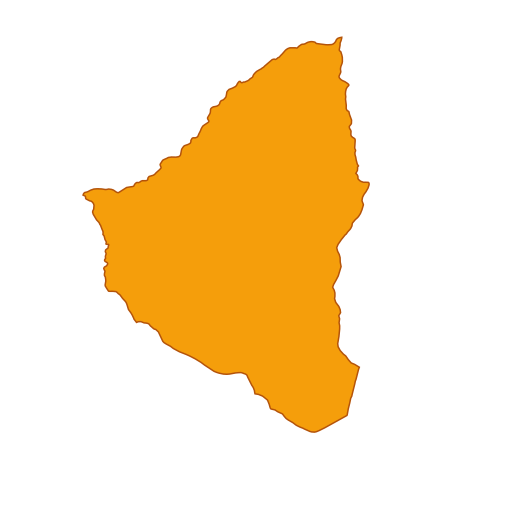 the district of Consacá, Nariño, Colombia, rotated 71°
{"feature_id": "7082276B44735629456030", "entity_name": "Consacá", "entity_type": "district", "adm_level": 2, "iso_a3": "COL", "parent_name": "Colombia", "parent_adm1": "Nariño", "projection": "robinson", "projection_center": [-77.462, 1.209], "detail": "fine", "context": "isolated", "style": "filled", "palette": "amber", "viewbox_px": 512, "rotation_deg": 71, "n_neighbors": 0, "source": "geoboundaries", "source_scale": "gbopen_adm2", "svg_char_len": 6076}
<svg xmlns="http://www.w3.org/2000/svg" viewBox="0 0 512 512"><g transform="rotate(71 256 256)"><path d="M89.7,227.2L90.8,229.4L91.5,230.2L93.6,231.3L95.6,232.5L96.1,233.0L97.4,235.3L97.7,236.4L97.8,238.2L98.0,238.8L98.7,239.8L100.4,241.0L100.9,241.7L101.3,242.7L101.5,243.8L101.5,244.9L101.1,247.7L101.2,248.8L101.6,250.0L101.9,250.6L102.5,251.2L105.1,252.3L106.3,253.1L109.4,256.7L110.5,257.1L113.0,256.6L113.6,256.9L114.1,257.7L115.3,262.3L115.9,264.1L117.6,266.1L119.8,268.0L121.8,270.1L123.9,272.0L124.2,272.5L124.5,273.5L124.5,275.0L123.8,276.9L123.8,277.4L123.9,278.0L124.4,278.7L125.5,279.9L126.8,280.4L127.8,281.2L128.0,281.6L128.4,283.7L128.4,287.3L128.5,288.0L128.9,288.9L130.4,291.0L130.9,291.5L131.6,292.0L135.5,294.2L136.2,294.8L136.7,295.7L136.9,297.0L136.6,298.7L136.4,299.7L134.9,303.7L134.3,306.8L134.6,308.6L134.8,311.2L135.0,312.7L135.3,313.3L138.0,316.7L138.4,316.9L139.1,317.0L141.1,316.9L141.9,317.2L142.9,318.9L144.7,323.2L145.8,325.2L146.2,326.8L146.0,331.1L146.3,331.7L147.1,332.8L148.4,333.4L148.8,333.8L148.9,334.2L149.0,335.0L148.9,335.7L147.8,338.9L147.8,340.3L148.2,341.5L148.4,342.7L148.3,343.3L147.7,344.6L147.9,345.9L148.1,346.4L148.8,347.5L150.0,348.7L150.2,349.2L150.1,350.4L149.5,353.5L149.1,356.1L151.2,364.8L151.3,365.4L151.0,366.2L150.3,367.1L147.3,369.3L146.0,370.9L144.7,373.5L144.5,375.3L144.1,376.8L142.4,380.0L140.8,384.1L139.9,387.5L139.9,390.7L140.4,394.1L140.4,395.6L140.2,397.3L140.5,398.0L140.9,398.7L142.1,399.7L143.9,397.9L144.5,397.9L145.9,398.3L146.6,398.2L147.0,397.9L149.7,395.3L150.5,394.0L151.0,393.6L152.5,392.9L153.8,392.6L155.5,392.7L158.6,394.1L159.2,394.5L160.3,395.7L161.3,396.2L163.6,396.3L169.9,395.0L173.3,393.5L175.4,393.3L176.3,393.0L180.2,392.9L182.9,392.7L184.2,393.0L185.8,393.7L187.7,393.1L191.3,393.4L194.1,392.9L195.2,393.7L195.9,393.9L196.4,393.2L196.9,391.8L197.1,391.6L197.4,391.6L197.9,391.8L198.5,392.4L200.0,393.1L200.4,393.6L201.1,395.7L201.4,396.3L202.9,397.1L204.1,396.9L205.2,397.0L207.2,398.5L209.4,399.1L210.0,400.1L210.7,400.6L211.5,400.6L212.1,400.4L213.3,399.3L214.0,398.8L214.8,398.7L215.2,398.8L216.6,400.4L217.1,402.8L217.4,403.3L218.2,404.0L219.8,404.0L221.1,403.7L223.5,405.1L224.8,405.6L225.5,405.6L226.7,405.3L229.4,405.8L231.0,406.3L234.1,408.0L235.2,408.3L238.1,407.7L241.2,406.9L241.8,405.8L242.7,403.0L244.1,400.0L244.8,399.4L246.9,398.4L247.9,397.6L248.9,397.1L252.8,395.9L256.4,394.3L257.8,393.9L259.9,393.8L265.1,394.0L269.0,392.8L271.3,392.3L274.9,391.9L276.0,391.9L279.9,390.6L279.8,388.8L280.4,386.7L280.8,385.9L282.8,383.6L283.6,381.8L284.3,380.6L285.1,379.6L285.9,379.2L287.7,378.6L291.5,376.4L292.1,375.8L292.8,374.7L296.0,373.0L306.3,371.9L307.9,371.2L309.8,369.7L313.6,366.2L316.5,364.3L321.6,359.6L326.2,354.2L328.7,351.5L333.5,346.9L338.7,342.6L342.3,340.2L351.4,333.2L353.3,331.0L354.7,329.1L357.0,325.3L358.3,322.1L359.0,319.4L359.9,313.4L360.6,310.6L361.2,308.5L361.9,307.2L363.3,305.6L364.1,304.5L364.8,303.9L365.9,303.3L367.5,303.3L376.6,302.1L379.6,301.4L382.6,301.3L384.8,301.7L386.0,301.8L387.6,298.8L390.5,295.5L391.5,294.8L395.2,292.5L396.1,292.0L396.7,292.0L400.4,291.8L404.1,292.0L404.9,291.9L405.3,291.8L406.0,290.9L407.1,289.1L407.9,288.0L410.2,286.3L413.9,282.4L416.8,281.5L419.5,280.4L421.7,278.8L425.7,275.3L428.9,273.2L430.0,272.2L432.1,270.1L434.0,267.8L435.4,266.5L439.4,262.2L440.5,260.6L441.6,257.9L441.8,255.9L441.6,253.0L440.8,246.9L436.4,222.0L435.9,221.5L430.7,218.6L425.6,215.3L421.4,212.8L419.5,210.9L418.7,210.5L409.0,204.2L406.6,202.8L405.2,201.6L396.8,196.1L394.8,194.5L390.6,198.0L388.1,200.8L384.0,202.5L379.7,203.7L377.3,205.3L372.8,207.2L368.6,207.9L365.5,207.3L359.1,203.8L352.3,200.7L349.2,199.6L346.2,199.2L342.6,197.4L339.4,197.2L337.1,194.5L334.2,193.9L330.7,194.1L325.8,195.7L321.9,195.6L319.8,194.5L316.6,193.4L313.9,193.2L310.5,193.7L308.2,191.9L305.3,188.6L301.6,184.7L293.7,179.0L289.1,178.3L284.8,177.0L281.6,176.8L278.0,177.3L274.4,177.0L271.7,174.6L268.3,170.0L265.1,164.9L264.6,163.5L263.1,161.5L261.3,158.2L260.7,157.4L258.8,155.5L256.5,154.3L256.0,153.7L253.9,150.2L253.1,148.2L252.1,146.3L249.9,143.5L246.7,140.7L242.6,137.8L241.8,137.7L239.3,137.8L238.0,137.7L235.1,136.1L232.8,133.7L231.1,131.2L228.3,128.0L225.5,125.9L224.4,125.5L223.5,125.5L222.9,125.9L221.7,129.0L221.5,129.9L221.1,130.6L219.5,132.6L218.7,133.2L216.9,134.2L216.1,134.4L213.8,133.7L212.1,133.9L210.4,134.7L208.2,132.3L206.2,131.4L205.6,131.3L204.9,130.9L204.2,129.8L202.3,130.3L201.8,130.3L197.9,130.0L194.9,129.5L192.5,129.4L190.4,128.8L189.6,128.1L188.9,127.6L188.2,127.4L186.6,127.6L185.7,127.4L179.3,124.7L177.8,124.3L177.1,124.6L176.1,125.2L175.6,125.8L174.0,126.7L173.3,126.9L171.8,126.7L169.2,125.6L168.1,125.5L165.6,126.0L164.3,125.8L163.8,125.5L162.3,123.2L161.7,122.6L158.6,121.4L152.7,121.5L149.9,121.2L149.3,121.4L148.3,122.4L146.9,122.7L145.9,122.7L142.9,121.6L136.8,120.3L134.7,119.3L131.9,118.7L129.6,117.7L127.5,116.4L126.1,114.9L125.0,112.8L124.4,112.5L123.6,112.7L122.3,113.5L120.1,115.2L118.5,116.9L117.3,118.0L115.3,119.0L114.4,119.2L113.4,119.1L112.6,118.6L110.2,116.3L109.3,115.8L107.2,115.4L106.1,115.0L104.5,114.1L102.0,112.0L100.3,111.0L96.3,109.7L93.8,109.4L90.6,109.3L89.0,110.2L88.2,110.2L84.1,107.9L82.0,107.1L80.0,105.4L77.9,104.0L77.1,103.7L76.8,105.7L76.8,107.3L76.9,108.1L77.6,109.5L79.1,110.9L80.1,112.4L80.7,114.2L80.7,115.7L79.7,119.3L79.0,121.1L75.6,128.0L74.7,129.7L74.5,129.9L73.2,130.5L72.5,131.4L71.5,133.3L71.1,134.6L70.8,137.1L71.0,138.9L71.3,140.4L71.3,141.7L71.0,142.6L70.8,143.7L70.8,144.3L71.8,147.6L72.4,148.6L72.7,149.6L72.0,151.0L70.6,154.9L70.2,156.2L70.2,158.1L70.5,159.6L71.0,161.1L73.5,165.4L74.5,167.5L75.5,169.1L75.7,170.8L76.3,172.2L76.5,173.6L76.3,174.1L75.9,174.4L75.7,174.9L75.6,175.9L75.6,176.8L79.1,185.7L80.0,187.5L80.3,189.0L80.8,190.4L81.0,192.0L81.7,195.4L82.7,197.5L83.4,198.7L84.2,199.7L85.2,200.5L85.8,201.1L86.1,202.0L86.5,203.8L87.3,205.5L87.6,206.6L87.8,209.7L87.8,210.3L87.5,211.0L87.6,212.9L87.0,213.7L85.9,214.1L85.7,214.2L85.5,215.1L86.2,216.4L87.0,217.5L88.4,218.9L89.1,220.4L89.6,223.7L89.7,227.2Z" fill="#f59e0b" stroke="#b45309" stroke-width="1.5"/></g></svg>